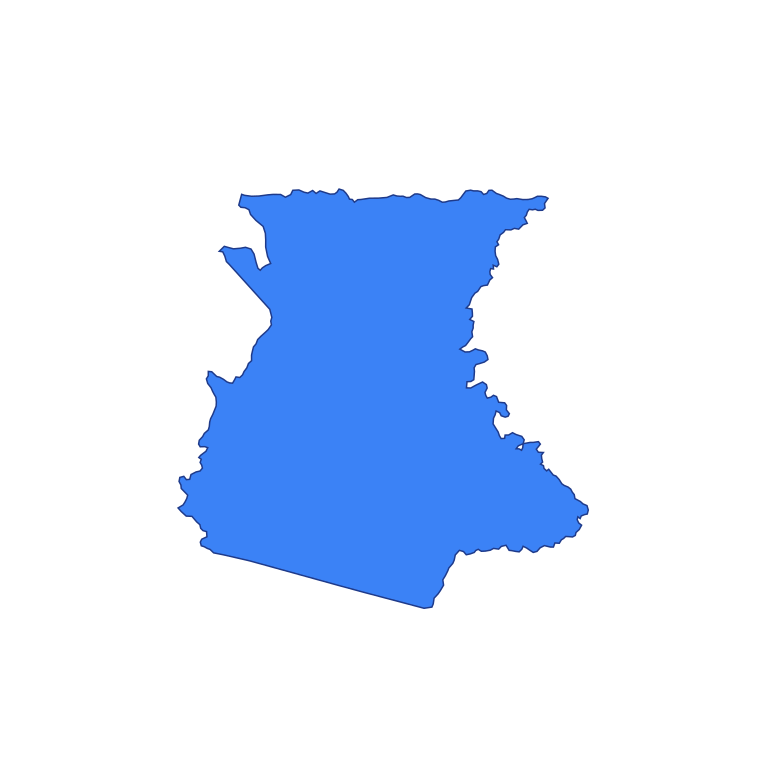 Pontalina, Goiás, Brazil, rotated 142°
{"feature_id": "56859067B14800214283201", "entity_name": "Pontalina", "entity_type": "district", "adm_level": 2, "iso_a3": "BRA", "parent_name": "Brazil", "parent_adm1": "Goiás", "projection": "albers", "projection_center": [-49.587, -17.537], "detail": "fine", "context": "isolated", "style": "filled", "palette": "blue", "viewbox_px": 768, "rotation_deg": 142, "n_neighbors": 0, "source": "geoboundaries", "source_scale": "gbopen_adm2", "svg_char_len": 5140}
<svg xmlns="http://www.w3.org/2000/svg" viewBox="0 0 768 768"><g transform="rotate(142 384 384)"><path d="M520.8,497.4L522.6,492.9L522.6,487.6L523.6,483.7L524.2,480.3L524.6,477.1L527.3,472.9L529.9,469.9L537.7,465.4L542.0,463.4L544.8,461.3L547.9,458.0L550.7,456.0L556.0,455.7L559.3,454.2L564.2,453.4L567.1,450.8L567.5,447.7L563.7,444.9L562.1,442.3L565.7,440.6L572.5,440.7L575.2,440.1L574.3,437.2L577.2,435.4L577.6,432.3L578.9,429.5L582.6,428.7L586.2,430.4L591.8,431.5L595.8,428.5L598.6,430.3L598.6,434.5L602.4,436.1L605.5,433.4L606.2,429.5L608.1,426.5L607.1,417.3L609.9,415.2L613.6,413.5L616.8,412.4L622.6,413.1L622.3,408.3L621.2,401.7L619.1,399.9L616.8,397.9L616.5,390.7L615.7,386.5L617.3,383.1L616.9,379.9L614.7,376.9L617.6,372.6L620.5,373.3L623.2,373.9L626.1,372.5L627.6,369.0L625.8,366.4L624.5,363.3L622.9,360.7L622.2,355.8L615.9,348.5L602.0,331.4L600.3,329.3L598.4,326.9L543.5,252.8L528.1,232.2L490.5,182.6L483.6,178.7L480.6,180.4L476.4,184.4L470.7,185.3L467.1,186.4L460.9,188.8L458.2,193.5L453.6,195.2L448.6,197.6L446.2,199.1L440.2,200.3L437.1,202.0L433.1,205.4L427.0,206.5L424.5,203.0L424.3,198.8L420.6,197.0L416.6,195.7L414.1,196.3L411.5,195.7L410.3,192.3L407.1,190.0L402.6,187.6L398.9,187.0L395.3,183.3L391.5,183.8L387.1,181.8L387.8,175.9L385.8,173.9L383.3,171.0L380.8,168.5L377.2,168.9L374.3,170.5L372.6,167.0L371.3,162.8L370.1,159.4L366.5,157.9L361.7,158.8L357.1,157.9L353.3,153.1L350.9,151.2L347.2,153.5L343.9,150.6L340.2,152.0L337.5,151.7L334.7,152.0L332.3,149.9L329.6,147.4L326.5,146.9L324.1,148.8L319.8,149.1L315.2,151.1L316.1,154.6L315.3,158.2L313.0,160.0L312.3,157.2L309.8,158.6L306.3,157.6L303.9,156.4L300.6,158.9L298.9,163.2L301.0,167.0L301.6,170.5L302.8,173.2L304.1,176.1L302.2,179.7L302.2,182.9L301.6,186.2L302.4,189.5L304.5,193.2L305.3,196.0L304.8,200.8L305.1,205.5L306.7,208.1L306.7,212.1L306.7,215.4L309.3,215.4L309.9,218.9L308.6,221.5L310.0,224.5L307.1,224.8L305.7,228.0L303.8,231.0L300.6,231.9L304.4,235.2L304.1,238.9L301.3,239.5L297.8,240.4L297.8,243.5L302.2,246.0L304.8,248.0L308.1,249.7L311.1,251.3L307.9,253.7L307.7,257.9L311.1,263.0L312.7,266.5L317.2,267.1L320.0,269.2L322.4,266.9L325.3,268.9L324.9,272.2L323.6,275.9L323.2,279.8L322.6,285.4L318.8,289.6L315.4,291.3L312.3,293.7L310.5,290.3L311.2,286.8L308.9,283.3L306.1,282.2L303.5,283.4L303.5,288.3L300.6,291.6L300.5,294.9L304.9,299.0L303.1,304.8L304.7,307.7L307.9,307.8L311.3,309.3L310.8,312.5L309.6,315.2L305.2,317.3L303.7,320.5L305.1,324.9L311.8,326.4L318.2,327.5L321.4,330.2L317.2,334.7L314.0,332.5L310.6,332.1L308.0,334.9L305.0,338.2L303.0,341.3L299.5,342.7L296.2,341.3L291.4,339.5L287.0,339.3L285.3,342.6L284.5,346.8L285.9,349.4L288.7,352.8L290.4,355.5L293.2,355.9L296.8,356.7L300.4,359.3L302.8,364.8L299.2,364.7L296.0,364.1L293.2,364.8L290.6,365.5L287.8,366.3L285.1,366.7L282.6,371.1L279.3,373.2L277.5,375.5L274.7,377.9L276.7,382.1L272.6,382.9L270.6,385.6L268.5,388.9L272.4,393.3L268.0,393.9L264.6,396.2L261.7,398.1L256.5,399.6L253.2,399.3L247.7,401.1L244.9,400.2L241.6,398.3L236.6,400.8L233.0,401.0L232.9,404.9L231.5,407.3L228.9,409.3L226.9,407.2L224.8,410.4L222.9,406.9L219.8,407.7L217.8,412.2L217.0,416.4L214.7,420.3L211.8,423.5L208.0,423.2L207.4,426.6L204.4,427.5L200.7,430.0L196.4,429.9L193.3,430.8L189.1,427.3L185.5,426.4L182.5,423.1L176.5,423.9L172.2,422.4L171.5,425.5L171.0,428.7L167.9,429.4L165.2,431.3L162.1,432.3L159.7,429.8L157.2,428.6L155.8,426.0L152.1,423.3L148.7,423.6L146.4,427.4L140.4,429.3L141.6,432.1L144.5,435.1L147.6,437.5L150.6,438.1L153.3,438.8L156.9,440.7L161.1,443.9L165.2,448.3L167.8,449.8L170.7,451.8L173.0,455.0L174.3,458.6L176.6,462.6L178.1,464.9L179.6,470.2L182.1,472.0L185.7,470.9L188.8,472.0L189.1,475.8L191.2,478.4L194.5,481.0L196.4,483.4L200.7,485.7L205.6,484.4L208.8,483.5L212.1,483.2L215.4,485.3L220.2,488.3L223.7,489.7L226.1,491.3L227.8,495.0L230.0,498.3L233.2,500.9L236.4,505.2L238.7,510.9L240.4,513.0L242.8,514.8L248.8,515.2L251.5,517.1L253.4,520.3L255.6,521.9L258.1,524.2L260.3,527.3L266.8,529.2L274.0,533.9L281.0,539.3L288.6,543.6L291.2,545.4L295.4,545.5L295.4,548.9L297.4,550.9L296.7,553.7L296.5,557.8L296.9,561.7L299.4,565.3L302.9,564.1L305.9,564.2L309.6,566.8L315.6,575.6L320.2,576.0L321.1,580.4L326.4,581.3L328.9,584.3L331.6,589.3L336.6,592.8L340.9,590.7L346.7,591.9L348.8,597.0L354.7,601.7L359.3,604.7L366.8,609.1L372.8,613.5L377.7,618.5L379.4,621.1L388.3,614.4L388.0,611.4L384.9,608.4L383.1,604.5L384.8,599.7L384.2,591.7L382.2,582.6L384.7,575.8L388.4,570.5L392.9,564.8L397.2,556.2L399.1,548.7L404.3,550.1L408.4,550.4L411.5,549.8L412.1,552.8L409.9,558.6L406.4,566.4L405.7,572.2L409.0,577.0L413.4,579.3L419.4,583.2L422.0,586.6L425.1,590.8L432.1,590.0L429.7,587.4L430.7,582.8L432.8,577.5L432.3,573.4L428.0,513.2L431.4,505.5L434.5,503.3L436.3,499.9L441.7,498.2L445.7,497.8L451.7,497.4L456.2,496.8L460.1,494.4L464.0,493.6L467.2,491.1L470.6,488.3L474.0,483.9L478.2,483.6L482.1,481.2L486.6,480.0L489.8,478.3L493.6,477.9L496.3,480.7L499.0,479.4L502.8,477.9L504.9,479.8L506.5,482.4L507.6,486.5L509.3,490.5L511.2,492.9L512.2,499.7L514.7,502.1L517.5,498.6L520.8,497.4ZM311.1,251.3L313.9,248.4L316.4,247.1L317.5,249.7L319.7,251.6L316.2,252.6L311.1,251.3Z" fill="#3b82f6" stroke="#1e3a8a" stroke-width="1.5"/></g></svg>